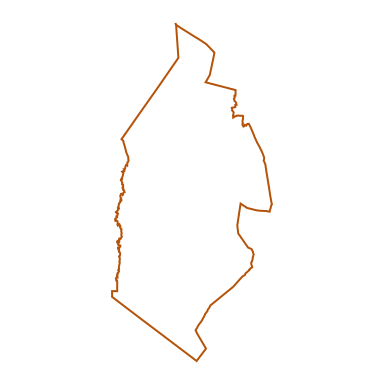 outline of Kajiado West, Rift Valley, Kenya
{"feature_id": "3690345B61385295322660", "entity_name": "Kajiado West", "entity_type": "district", "adm_level": 2, "iso_a3": "KEN", "parent_name": "Kenya", "parent_adm1": "Rift Valley", "projection": "equal_earth", "projection_center": [36.295, -1.696], "detail": "fine", "context": "isolated", "style": "outline", "palette": "amber", "viewbox_px": 384, "rotation_deg": 0, "n_neighbors": 0, "source": "geoboundaries", "source_scale": "gbopen_adm2", "svg_char_len": 5935}
<svg xmlns="http://www.w3.org/2000/svg" viewBox="0 0 384 384"><path d="M269.6,211.7L270.0,209.9L270.5,208.7L271.0,206.1L271.6,204.7L271.9,204.3L271.8,203.8L271.7,203.1L271.5,202.7L271.0,200.0L269.8,192.9L268.9,186.9L268.8,186.3L268.8,185.7L268.6,185.1L268.3,183.5L268.2,182.4L266.2,170.5L266.3,170.2L266.2,170.0L265.5,165.7L265.5,164.8L264.1,161.3L263.7,160.8L263.7,160.5L264.2,158.6L264.2,157.9L263.3,155.2L262.1,152.2L261.7,151.6L261.6,151.0L260.3,148.4L259.9,147.7L259.5,146.7L258.0,144.2L256.7,141.8L256.2,140.5L255.1,138.2L253.0,132.9L250.5,127.1L248.8,123.8L247.9,124.1L247.3,123.9L246.6,124.8L246.5,125.1L246.2,125.6L245.1,124.9L244.9,124.8L244.7,125.1L244.5,125.8L244.0,126.4L243.4,126.6L243.3,126.4L243.4,125.6L243.2,125.3L242.6,125.1L242.4,124.8L242.6,124.4L242.6,123.5L242.9,123.2L242.6,122.0L242.5,121.6L242.6,120.2L243.0,119.0L243.1,116.7L242.9,115.8L241.8,115.8L240.8,115.7L240.2,115.8L239.8,115.6L239.4,115.7L239.0,115.7L238.6,115.5L238.2,115.6L237.0,115.8L236.5,115.7L235.8,116.2L235.1,116.2L234.9,116.5L233.2,117.6L233.1,116.4L233.0,115.5L233.6,113.4L233.6,112.4L233.2,111.6L232.3,110.8L232.1,110.2L232.1,109.2L231.8,107.8L235.3,107.1L235.3,104.9L236.5,104.8L236.2,104.0L236.2,103.0L235.2,101.4L234.5,100.9L234.4,100.2L233.9,99.0L233.9,98.7L234.6,98.0L234.6,97.1L234.4,96.7L234.5,95.6L235.5,95.6L235.6,90.1L205.6,82.3L207.8,78.5L209.8,75.0L213.3,58.5L214.0,54.9L214.4,52.6L208.5,46.4L206.1,44.0L198.2,38.8L195.0,36.9L179.7,27.3L176.1,24.7L175.3,23.0L176.1,25.2L178.4,57.8L159.2,85.6L135.1,119.8L125.6,133.4L125.5,133.7L125.3,133.7L124.9,134.2L124.5,135.0L121.5,139.2L123.3,140.8L123.5,141.6L123.6,142.9L124.6,145.6L124.8,146.8L125.9,150.6L126.3,152.4L126.7,153.5L127.1,154.2L127.5,155.4L128.2,156.9L128.3,157.4L128.3,159.3L128.6,160.0L128.5,160.3L128.5,160.6L128.1,161.9L127.4,162.5L127.2,165.4L126.4,164.8L126.2,164.8L125.5,166.4L125.3,166.9L125.2,168.1L124.8,169.0L124.6,169.5L124.1,169.4L124.2,169.6L124.2,170.1L124.5,170.8L124.3,171.1L123.9,171.3L123.6,171.2L123.5,171.6L122.8,171.3L122.1,171.7L122.3,171.9L123.1,172.1L123.4,172.6L123.4,173.2L123.1,173.9L122.8,175.8L122.3,176.9L122.1,177.9L121.7,178.4L122.1,178.7L122.1,179.0L121.9,179.1L121.4,179.1L121.1,179.4L121.0,179.7L121.0,179.9L121.2,180.0L120.9,180.4L121.0,180.5L121.3,180.6L121.4,180.8L121.7,181.0L121.8,181.5L122.3,182.6L122.1,183.1L122.1,183.9L122.3,183.8L122.5,184.0L122.7,184.7L123.1,184.9L123.2,185.3L123.2,185.8L123.1,187.3L122.9,187.4L122.6,187.3L122.5,187.5L122.5,187.8L123.2,188.6L123.4,189.0L123.1,189.4L123.0,189.6L123.1,189.8L123.8,190.2L124.1,190.6L124.3,191.2L124.3,191.7L124.5,192.0L123.9,192.2L123.3,193.0L123.1,193.3L123.1,193.7L123.2,193.9L123.1,194.2L122.9,194.4L122.8,195.0L122.7,195.1L122.1,194.1L121.6,193.8L121.3,193.7L121.1,193.8L120.9,194.2L120.8,194.9L120.7,195.0L120.3,195.4L120.3,196.1L120.6,197.6L120.8,197.9L121.2,198.2L121.2,199.2L121.4,199.9L121.4,200.6L121.1,201.0L120.9,201.1L120.4,200.3L120.2,201.5L120.0,202.0L120.0,202.5L119.7,203.0L119.2,203.2L118.9,203.5L118.8,204.1L118.8,205.6L118.3,206.4L118.3,206.7L118.9,208.1L119.0,208.4L118.9,208.7L118.7,208.7L118.1,208.1L117.9,208.1L118.0,209.1L118.0,209.9L117.3,211.0L117.0,211.2L116.9,211.5L116.1,211.9L115.9,212.0L116.1,212.6L117.0,213.1L117.7,213.1L117.8,213.2L117.8,213.5L118.0,213.8L117.5,214.2L117.4,215.1L117.3,215.8L116.9,215.9L116.4,216.2L116.4,216.6L116.5,216.8L117.0,217.0L117.1,217.3L116.2,217.9L115.9,218.3L115.5,218.5L115.4,218.8L115.2,219.0L115.1,219.9L115.3,220.2L115.3,220.6L115.4,220.9L115.8,220.8L116.0,220.5L116.3,220.3L116.6,220.5L117.2,221.1L117.5,221.3L117.6,221.6L117.7,223.4L117.8,223.8L117.6,223.9L117.4,224.2L117.8,225.5L118.9,224.7L119.0,224.4L119.3,224.1L119.5,224.3L120.0,225.9L120.4,226.1L120.3,226.7L120.0,226.9L119.9,227.0L120.1,227.4L120.4,228.0L120.7,228.5L121.2,228.8L121.4,229.1L121.3,229.4L121.5,229.5L121.4,230.2L121.2,231.3L121.7,233.2L121.4,233.9L121.3,235.1L121.5,236.0L121.8,236.3L121.9,236.6L121.1,237.8L120.8,238.5L120.6,238.8L120.3,238.7L119.9,238.4L119.3,238.5L119.1,238.7L119.0,239.2L119.4,240.3L119.2,241.1L119.3,241.8L118.9,242.5L118.6,242.3L118.5,241.6L118.4,241.4L118.4,241.2L118.2,240.8L117.8,240.8L117.4,241.3L117.2,241.4L117.0,241.7L117.4,242.7L117.7,243.2L117.8,243.5L118.1,243.9L118.3,244.5L118.2,244.7L118.4,244.9L118.9,245.0L119.1,245.4L119.7,245.8L120.2,245.5L120.4,245.6L120.3,246.5L120.1,246.8L119.7,247.1L118.9,247.4L118.5,247.7L118.0,247.7L118.0,247.9L118.0,248.2L118.2,248.3L118.1,248.7L118.2,248.9L118.5,249.0L118.6,249.5L119.1,249.3L119.1,250.4L118.9,251.1L118.9,251.4L119.1,251.5L119.1,252.0L119.8,252.3L120.2,253.8L120.1,254.5L119.9,255.1L119.8,255.9L119.4,256.2L119.0,256.4L119.0,256.6L119.5,257.3L119.9,259.3L119.5,261.1L119.4,261.4L119.6,261.7L119.5,261.9L119.7,262.4L119.5,262.7L119.7,263.5L119.6,263.8L119.3,264.5L119.2,265.5L119.1,265.8L119.1,266.4L118.8,267.8L119.0,268.4L118.9,269.8L118.8,270.0L118.6,269.7L118.3,269.8L118.2,270.0L118.4,270.6L119.0,271.2L118.0,273.3L117.8,272.9L117.6,273.0L117.4,273.8L117.5,274.9L117.3,275.5L117.5,276.5L117.5,276.8L116.9,276.2L116.7,277.5L116.3,278.0L116.4,279.1L116.4,279.3L116.1,279.2L116.4,280.8L116.6,281.0L117.1,280.9L117.2,281.2L117.2,291.2L112.1,291.1L112.1,296.9L142.3,319.9L154.4,329.0L196.6,361.0L206.0,348.6L197.4,334.0L195.6,330.4L196.3,329.0L197.0,328.1L197.8,326.3L199.2,324.1L200.1,323.0L201.8,320.7L202.6,319.1L204.8,315.1L204.9,314.5L205.3,313.7L205.8,313.2L207.4,311.1L207.6,310.0L208.4,308.8L209.2,307.9L210.3,305.5L233.3,286.7L242.0,276.9L243.1,276.0L244.7,275.2L245.1,274.7L245.5,273.3L246.1,272.9L249.1,270.3L249.1,269.8L249.6,269.6L250.1,268.7L250.3,268.7L251.1,267.9L252.2,267.3L251.2,263.7L251.2,262.6L251.9,261.7L252.0,260.9L252.4,260.3L252.7,258.5L252.8,257.4L253.7,254.3L253.3,253.5L252.8,251.4L252.6,251.2L251.5,249.0L248.1,247.6L238.2,233.4L237.3,225.4L239.7,209.3L240.6,203.6L243.7,205.7L245.5,206.8L246.7,207.8L248.8,208.4L256.6,210.3L259.5,210.7L266.7,211.1L269.6,211.7Z" fill="none" stroke="#b45309" stroke-width="2"/></svg>